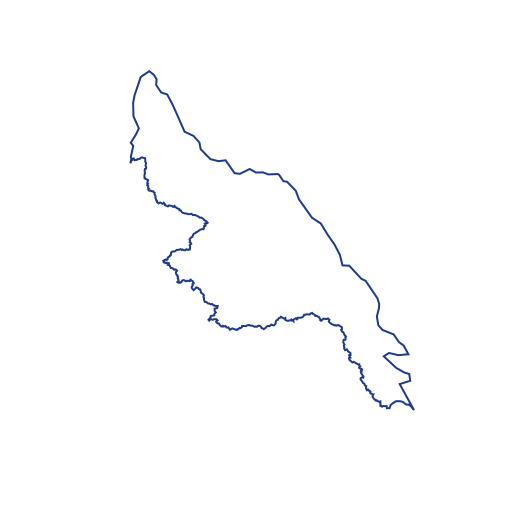 the district of At-Bashy, Naryn, Kyrgyzstan, rotated 59°
{"feature_id": "92254566B65067062849500", "entity_name": "At-Bashy", "entity_type": "district", "adm_level": 2, "iso_a3": "KGZ", "parent_name": "Kyrgyzstan", "parent_adm1": "Naryn", "projection": "orthographic", "projection_center": [76.301, 40.827], "detail": "fine", "context": "isolated", "style": "outline", "palette": "blue", "viewbox_px": 512, "rotation_deg": 59, "n_neighbors": 0, "source": "geoboundaries", "source_scale": "gbopen_adm2", "svg_char_len": 6149}
<svg xmlns="http://www.w3.org/2000/svg" viewBox="0 0 512 512"><g transform="rotate(59 256 256)"><path d="M43.2,262.6L55.5,277.1L61.5,282.5L73.2,289.1L86.3,290.7L89.9,296.1L94.4,305.0L98.4,304.5L106.4,312.1L108.6,313.0L111.9,315.9L110.1,313.7L110.0,312.9L109.1,311.1L109.5,310.5L110.6,310.9L111.5,310.6L111.8,309.2L112.3,308.7L111.9,307.8L112.9,305.6L112.5,304.5L112.6,303.2L115.1,300.7L118.4,302.4L119.8,302.4L121.6,304.1L123.5,304.5L124.5,305.3L124.2,306.3L125.3,307.4L128.3,308.8L128.6,309.5L130.7,310.9L131.4,310.9L132.0,311.5L135.5,309.4L136.8,311.0L137.6,311.7L138.5,311.4L138.6,312.1L139.4,312.8L140.5,312.3L142.1,313.4L143.1,313.1L143.7,314.2L145.1,313.9L145.6,312.6L146.5,312.4L147.6,310.8L148.1,311.0L149.6,310.3L150.4,311.1L153.0,311.2L154.5,312.4L156.6,312.5L157.1,312.9L158.0,312.4L158.9,313.0L160.7,312.5L160.8,310.6L163.3,309.0L162.9,307.6L165.0,307.4L165.5,307.9L168.1,306.0L168.1,305.1L167.8,304.8L168.2,304.0L169.8,302.3L171.3,301.7L171.1,300.0L172.4,300.2L173.0,299.5L174.1,299.3L176.2,297.6L177.3,298.1L178.0,297.1L180.3,297.0L181.1,296.6L182.8,295.1L184.3,293.1L184.9,292.9L186.1,291.2L186.6,289.5L188.4,289.1L189.5,287.1L192.9,284.8L194.1,284.5L194.8,283.2L197.3,281.9L198.7,281.9L200.7,280.6L201.7,280.5L202.0,280.9L202.7,280.5L202.8,280.9L201.9,282.0L202.1,282.5L201.9,283.2L203.7,283.3L204.1,284.0L203.6,284.9L204.3,285.3L204.5,286.0L205.7,286.6L206.0,287.2L205.1,288.7L204.7,290.5L205.0,294.0L204.8,295.5L205.1,295.9L204.9,298.1L206.9,300.9L206.6,301.7L207.5,304.3L208.8,304.6L209.9,305.7L211.0,305.1L212.2,305.3L212.1,306.4L212.7,307.4L213.7,307.4L216.3,309.3L215.7,310.4L215.9,311.0L214.3,312.3L214.7,313.7L213.6,315.1L212.5,315.7L212.6,316.5L211.3,317.0L210.9,319.0L210.0,320.8L210.2,323.3L209.0,325.6L209.3,327.0L211.3,328.4L211.2,329.6L211.8,330.0L211.9,330.8L211.8,332.0L212.4,333.0L213.0,333.1L213.5,334.7L212.5,335.3L212.3,336.4L212.6,336.8L212.4,337.6L212.9,337.5L213.4,338.3L214.1,338.2L214.4,337.5L215.1,337.2L215.5,337.3L215.9,336.7L216.0,335.7L217.3,334.4L217.7,334.5L218.2,336.1L219.6,334.9L222.4,335.2L223.6,333.7L225.4,333.3L225.4,332.9L225.8,332.7L226.2,331.7L227.9,331.2L228.6,333.1L230.8,333.8L232.3,333.3L232.8,333.8L233.9,333.6L234.6,334.5L235.8,334.4L236.3,334.9L237.4,335.1L237.7,336.7L238.9,336.3L239.0,335.7L239.8,335.1L239.6,334.4L240.0,333.5L239.1,332.1L239.2,330.7L239.6,330.1L241.4,329.2L241.7,328.5L241.6,327.9L243.1,326.3L243.3,325.6L242.6,324.9L242.7,324.1L243.5,324.2L245.0,323.2L246.0,323.5L246.9,323.2L247.5,323.7L247.5,325.0L248.3,325.2L249.0,325.9L249.3,327.0L250.3,327.5L253.2,327.1L252.7,324.6L252.1,323.8L252.2,323.3L253.7,322.0L255.1,322.0L255.8,321.1L258.1,321.6L258.8,322.1L261.6,321.0L262.9,320.9L264.2,322.2L265.0,322.1L267.2,323.3L269.0,323.5L270.1,322.1L271.8,321.7L272.7,320.5L274.0,319.9L274.5,318.3L276.6,317.8L276.9,317.0L278.0,316.6L279.1,314.6L280.7,316.1L279.8,318.6L281.6,319.7L283.7,319.5L284.0,321.3L285.4,322.3L284.1,325.7L285.1,326.4L286.2,329.6L286.6,329.6L287.3,329.3L286.8,328.0L287.2,327.0L288.4,325.9L288.6,324.4L289.8,322.5L291.4,322.1L291.5,323.6L291.9,324.1L293.9,323.7L294.8,322.5L296.3,322.6L298.3,322.1L299.1,321.4L298.8,320.3L299.8,320.0L300.2,318.4L300.9,318.0L301.9,318.2L302.7,317.4L303.0,316.4L305.7,316.4L305.9,313.6L309.5,310.6L309.2,310.2L309.2,309.5L309.6,309.2L309.2,307.2L309.8,306.8L309.7,304.7L308.8,304.0L311.0,300.5L310.8,299.5L311.6,297.5L312.9,296.5L313.6,295.2L316.1,293.5L316.4,292.3L317.2,291.7L317.0,289.8L317.8,288.7L319.7,288.1L320.8,288.3L321.8,287.3L322.7,287.0L322.6,285.0L321.9,283.0L322.1,281.8L323.1,280.7L322.7,278.2L324.3,277.0L324.8,276.0L323.9,273.9L322.1,272.5L321.7,271.4L321.9,269.9L321.4,269.4L321.0,267.8L321.5,266.5L321.0,265.9L324.2,264.1L324.2,262.8L326.2,263.7L327.3,262.8L328.1,262.0L328.3,260.7L329.1,259.4L328.9,258.9L329.4,258.7L329.0,258.1L331.0,257.5L330.1,257.1L329.8,255.5L329.9,253.8L331.4,253.5L331.3,252.9L330.5,252.0L332.2,248.8L332.3,247.5L332.1,246.2L331.4,245.6L331.2,245.0L331.7,244.0L332.0,242.7L333.8,240.2L333.4,238.8L333.8,237.1L334.8,237.1L336.6,235.9L338.1,236.0L338.6,234.8L340.9,233.5L343.3,233.5L344.2,234.0L345.1,233.5L344.4,230.5L346.6,227.7L346.5,226.7L346.8,226.3L348.5,225.9L349.6,227.3L350.7,227.3L353.4,226.2L356.4,223.9L356.4,223.2L357.1,222.9L357.5,221.1L361.2,219.1L363.1,220.1L363.1,221.0L363.6,221.2L365.4,221.1L366.2,220.4L369.5,220.8L371.3,220.3L371.7,221.3L372.8,221.6L373.8,222.5L373.0,224.1L375.0,225.7L377.5,225.8L377.8,226.7L380.3,227.6L380.7,228.1L382.6,228.1L382.8,226.2L385.2,226.2L387.7,225.0L389.5,225.9L388.9,227.0L389.2,227.4L391.6,227.5L391.3,228.1L391.4,228.9L393.1,229.4L396.8,228.2L397.1,227.7L397.0,226.8L401.6,224.3L402.0,223.3L402.8,223.8L404.2,223.5L404.3,224.5L404.9,225.2L406.9,224.3L407.0,223.7L408.0,223.6L408.7,224.3L408.4,224.9L408.6,225.4L409.5,225.2L410.1,225.6L410.2,226.2L415.0,226.1L415.5,226.7L414.6,227.8L414.6,229.1L414.8,229.5L416.0,229.9L418.8,229.5L419.8,229.7L421.3,228.9L423.1,229.3L424.3,228.5L425.9,229.8L428.0,230.1L428.0,228.8L428.3,228.5L429.4,228.8L430.3,227.9L431.1,227.7L431.8,228.5L432.7,228.7L433.7,227.7L434.9,227.3L435.1,226.8L435.9,228.1L436.8,228.6L439.7,228.4L440.4,227.9L441.3,228.0L441.4,227.4L442.1,226.7L442.7,226.8L443.5,226.0L444.4,225.6L444.7,224.3L448.6,226.6L449.0,226.3L449.0,225.7L450.1,225.5L450.1,224.3L452.0,221.4L453.9,222.2L455.2,219.9L453.1,217.3L452.5,213.6L452.8,213.2L452.5,212.1L452.8,210.3L454.9,207.0L456.7,205.3L460.5,203.8L461.3,203.1L461.7,201.9L463.5,201.0L466.0,200.2L467.0,200.4L469.4,199.9L439.8,198.8L442.4,188.1L436.0,185.4L432.4,188.8L424.0,193.5L407.8,198.1L407.6,192.0L414.3,185.1L418.7,176.0L408.9,175.5L403.5,177.8L394.1,178.4L384.5,185.7L378.3,186.8L370.0,183.5L364.5,177.9L360.7,175.2L354.9,173.7L333.8,174.8L329.9,177.4L312.3,181.1L308.6,186.7L298.2,183.5L286.9,182.8L274.5,183.6L261.5,183.7L252.0,188.3L229.4,190.0L220.5,188.3L208.3,191.2L205.9,194.0L198.4,194.4L197.0,195.1L192.4,203.4L187.9,207.0L184.4,213.1L178.2,216.6L177.3,227.4L174.0,231.7L158.3,232.8L155.4,239.3L149.5,245.2L136.0,248.4L129.6,246.1L120.9,247.7L112.7,253.2L84.2,249.6L71.9,248.9L66.9,253.1L58.0,253.5L53.4,250.2L48.3,250.2L42.6,252.3L43.2,262.6Z" fill="none" stroke="#1e3a8a" stroke-width="2"/></g></svg>